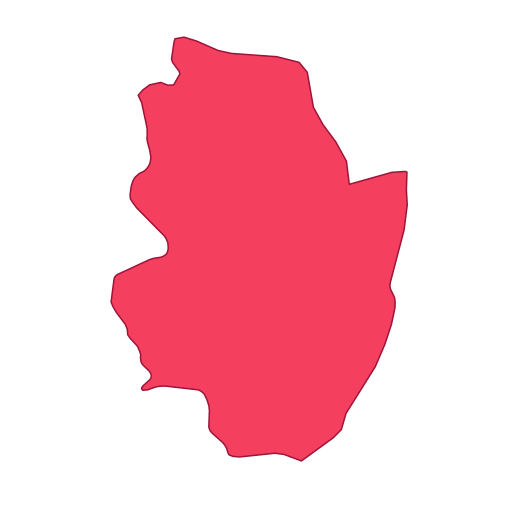 SVG path tracing the border of Morazán, rotated 11°
{"feature_id": "SLV-1351", "entity_name": "Morazán", "entity_type": "Department", "adm_level": 1, "iso_a3": "SLV", "parent_name": "El Salvador", "parent_adm1": "", "projection": "mercator", "projection_center": [-88.158, 13.767], "detail": "fine", "context": "isolated", "style": "filled", "palette": "rose", "viewbox_px": 512, "rotation_deg": 11, "n_neighbors": 0, "source": "natural_earth", "source_scale": "10m", "svg_char_len": 1786}
<svg xmlns="http://www.w3.org/2000/svg" viewBox="0 0 512 512"><g transform="rotate(11 256 256)"><path d="M143.6,54.9L156.6,56.3L158.7,56.8L179.6,61.5L193.4,61.8L238.6,56.4L261.4,57.7L271.3,65.9L284.0,99.1L296.6,114.2L312.5,128.7L326.7,145.7L333.9,167.8L373.3,148.0L386.3,144.5L388.2,144.9L391.0,162.4L394.7,176.9L396.4,202.1L392.9,256.2L393.1,259.1L393.7,261.5L394.7,263.4L398.6,268.5L399.9,270.4L400.7,272.6L401.4,274.8L402.3,280.2L402.0,297.2L399.4,317.9L394.2,341.9L374.4,393.3L372.9,410.1L366.5,419.7L339.7,448.5L321.1,445.4L312.2,446.0L278.2,456.4L271.8,457.1L267.6,456.4L266.3,455.0L264.9,452.5L264.1,450.7L262.1,448.3L259.2,445.7L246.4,438.0L244.6,436.6L243.3,434.8L242.3,432.8L239.8,416.9L238.4,412.2L235.2,406.2L231.5,401.4L228.3,399.4L225.1,398.4L191.6,401.0L186.7,402.1L182.3,403.8L175.3,408.0L170.6,409.4L169.1,408.3L169.0,406.8L170.0,404.8L175.2,397.9L176.1,395.8L176.2,393.5L174.9,391.2L172.9,389.2L166.7,385.2L164.8,383.7L163.4,381.9L162.6,379.8L161.9,377.4L161.6,374.7L159.7,371.3L156.6,367.0L148.3,360.9L145.1,357.8L143.6,352.4L140.7,348.0L129.7,338.1L125.2,332.9L122.5,328.8L121.1,306.4L121.2,304.0L122.2,302.1L123.6,300.5L152.1,279.9L156.0,277.8L162.7,275.4L164.7,274.2L166.4,272.7L167.7,271.0L168.4,268.4L168.4,265.1L166.9,259.8L164.6,256.4L162.6,254.1L129.9,231.7L125.0,227.3L121.9,224.0L121.2,221.8L120.6,219.3L120.2,210.7L120.9,205.7L121.4,204.0L121.9,202.5L123.0,200.8L125.6,197.4L127.2,196.1L129.0,194.9L130.5,193.4L131.8,191.5L132.8,189.6L133.7,187.3L134.2,184.8L134.1,179.4L131.3,172.0L127.9,165.3L126.5,161.5L126.2,158.5L124.7,151.3L114.5,127.3L109.7,120.7L113.2,114.6L118.9,108.3L129.3,103.8L136.9,105.1L142.5,103.8L146.6,91.6L145.1,89.2L137.3,82.0L135.5,78.8L134.7,61.2L135.1,58.2L143.6,54.9Z" fill="#f43f5e" stroke="#9f1239" stroke-width="1.5"/></g></svg>